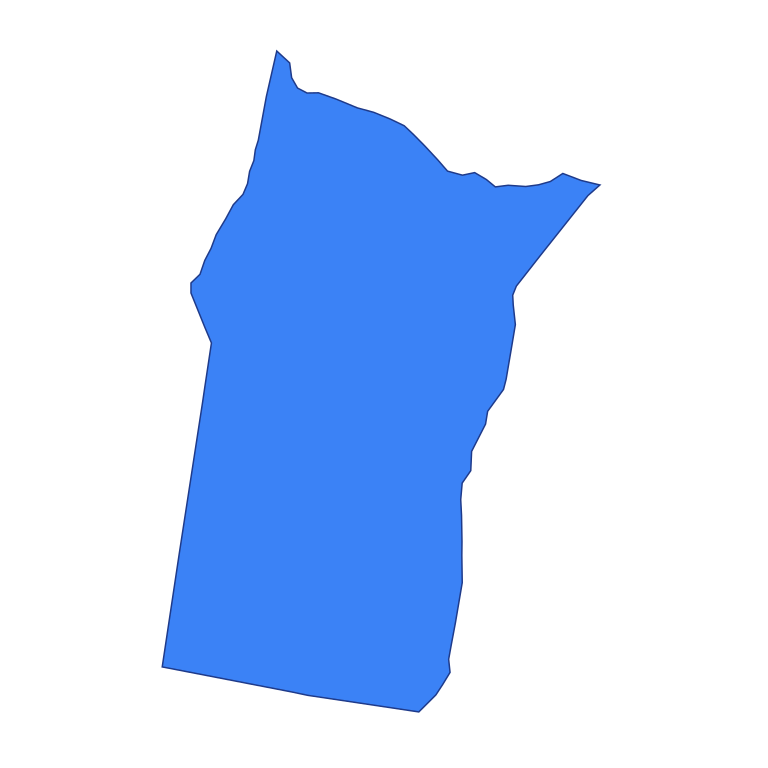 Horizonte, Ceará, Brazil, rotated 94°
{"feature_id": "56859067B1428570185316", "entity_name": "Horizonte", "entity_type": "district", "adm_level": 2, "iso_a3": "BRA", "parent_name": "Brazil", "parent_adm1": "Ceará", "projection": "natural_earth1", "projection_center": [-38.493, -4.093], "detail": "fine", "context": "isolated", "style": "filled", "palette": "blue", "viewbox_px": 768, "rotation_deg": 94, "n_neighbors": 0, "source": "geoboundaries", "source_scale": "gbopen_adm2", "svg_char_len": 1100}
<svg xmlns="http://www.w3.org/2000/svg" viewBox="0 0 768 768"><g transform="rotate(94 384 384)"><path d="M170.4,182.5L167.2,201.5L161.5,220.3L170.4,232.2L174.5,243.7L177.1,256.4L177.1,274.0L179.6,286.7L172.9,296.1L166.8,308.3L170.2,320.3L167.2,335.5L156.6,346.1L143.7,359.9L133.3,371.7L125.0,381.8L119.3,396.1L113.7,413.2L110.4,429.9L103.1,451.7L98.1,469.6L99.1,481.1L94.8,490.9L84.9,497.5L70.3,500.5L59.3,514.2L105.4,521.4L149.6,526.4L159.3,528.7L170.2,529.4L181.2,532.9L193.7,534.1L204.7,537.9L215.6,546.8L230.2,553.4L246.7,561.8L260.8,566.0L273.2,571.4L287.4,575.2L296.7,583.6L306.7,582.9L339.9,566.7L355.1,559.0L399.1,562.5L414.9,563.7L567.4,576.4L681.7,585.5L697.7,454.1L699.9,438.3L708.7,326.4L690.6,310.6L679.7,304.5L667.1,298.0L654.1,300.3L639.5,298.7L617.2,296.1L576.7,292.1L549.5,294.4L535.9,295.2L523.2,296.3L509.6,297.5L494.0,299.4L477.4,299.1L464.4,291.4L445.1,291.9L416.9,279.9L404.0,278.7L381.1,264.4L370.7,262.5L356.5,261.1L340.5,259.5L315.6,257.1L296.1,260.6L286.4,261.8L277.1,258.8L245.2,237.2L181.8,193.7L170.4,182.5Z" fill="#3b82f6" stroke="#1e3a8a" stroke-width="1.5"/></g></svg>